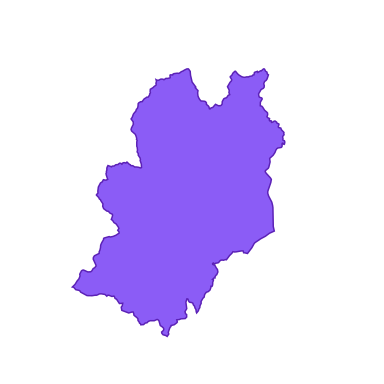 Hoanh Bo, Quảng Ninh, Vietnam, rotated 300°
{"feature_id": "81297802B7752291855220", "entity_name": "Hoanh Bo", "entity_type": "district", "adm_level": 2, "iso_a3": "VNM", "parent_name": "Vietnam", "parent_adm1": "Quảng Ninh", "projection": "albers", "projection_center": [107.022, 21.107], "detail": "fine", "context": "isolated", "style": "filled", "palette": "violet", "viewbox_px": 384, "rotation_deg": 300, "n_neighbors": 0, "source": "geoboundaries", "source_scale": "gbopen_adm2", "svg_char_len": 6049}
<svg xmlns="http://www.w3.org/2000/svg" viewBox="0 0 384 384"><g transform="rotate(300 192 192)"><path d="M149.5,108.4L145.7,110.0L144.1,111.1L141.9,110.6L141.5,110.8L140.6,113.9L139.6,115.4L139.6,116.6L139.0,117.2L137.2,120.8L135.0,121.8L133.4,123.8L132.9,127.8L133.5,129.4L132.8,131.0L132.7,131.8L132.9,134.1L132.3,134.8L130.4,135.4L127.9,135.8L127.6,137.6L126.5,139.7L126.4,142.3L124.8,145.7L123.9,146.9L121.7,146.8L120.9,148.8L120.2,149.3L119.9,149.4L116.6,147.8L114.1,145.9L112.2,143.8L112.0,142.6L111.6,142.2L108.2,138.9L107.6,138.7L106.5,139.2L102.6,139.2L100.3,139.5L98.0,140.6L95.7,141.3L93.8,141.5L92.4,142.3L88.0,139.4L86.1,139.3L84.5,140.0L80.7,145.3L79.9,145.9L77.8,145.6L76.3,144.7L73.7,144.7L72.3,144.2L70.7,141.8L70.2,137.1L69.6,136.3L68.5,135.7L65.4,135.8L64.5,136.0L63.6,136.8L62.9,137.1L60.3,137.5L57.5,137.0L53.5,136.9L49.9,135.9L50.3,137.3L49.3,140.2L50.3,143.3L50.3,144.3L49.6,145.7L49.8,152.9L52.2,157.3L54.4,160.0L54.5,160.5L55.6,161.6L57.4,162.7L58.4,164.2L59.8,167.9L59.2,170.3L60.2,170.5L61.0,171.5L61.5,174.9L62.8,176.4L62.4,177.4L61.4,178.5L61.3,179.1L61.5,180.1L59.1,184.9L61.0,187.6L58.6,188.5L56.9,188.3L54.4,190.4L55.6,197.7L58.1,200.1L58.6,201.1L57.6,202.3L56.3,203.3L55.9,205.2L55.8,206.5L55.3,208.4L53.6,209.6L53.2,210.9L52.2,212.1L52.2,213.2L51.4,214.1L53.0,216.4L55.1,217.0L56.2,218.4L58.1,218.9L59.6,220.1L61.7,223.7L64.2,225.5L64.3,226.6L63.9,227.8L60.5,231.3L60.3,233.8L59.9,235.3L59.5,235.8L58.8,236.3L57.7,236.4L55.5,235.7L54.5,236.6L53.9,238.3L54.6,241.1L54.5,242.7L57.4,242.9L58.6,241.6L62.8,240.8L63.8,240.7L65.0,241.0L65.9,240.6L68.2,243.0L71.1,244.2L72.1,244.3L73.7,242.7L75.2,244.8L76.6,245.8L79.0,249.4L81.1,249.9L83.2,248.6L83.4,247.2L85.0,245.7L88.3,245.8L93.5,241.8L96.9,241.0L97.2,241.6L97.2,242.1L95.9,243.5L95.4,244.6L95.4,245.3L96.1,247.0L96.1,248.4L95.0,249.5L94.4,251.2L92.9,252.8L92.2,254.2L90.3,255.6L89.6,256.5L92.3,256.9L94.1,256.5L95.7,256.6L97.5,255.8L100.2,255.6L101.7,254.6L105.5,254.6L107.0,255.1L109.5,254.2L112.3,254.5L113.9,255.9L116.1,256.6L118.8,256.1L119.8,255.5L120.3,256.5L121.1,256.5L123.0,255.8L123.5,255.3L126.6,254.6L126.8,254.2L126.6,253.5L128.5,254.0L129.1,254.9L130.1,254.3L132.0,254.4L132.7,254.8L135.7,254.4L137.7,252.7L138.3,251.1L139.9,248.5L139.7,246.1L140.4,245.6L140.7,245.7L141.2,246.0L141.1,247.0L141.5,247.9L142.3,248.2L142.9,249.1L144.1,250.3L146.7,250.7L147.3,251.1L148.1,252.0L148.6,253.3L150.2,254.8L150.5,255.7L155.7,256.3L158.9,257.2L160.8,257.3L161.3,258.8L162.2,260.1L165.8,264.4L166.5,265.8L165.2,267.1L165.7,268.1L166.5,270.8L173.7,271.7L178.5,271.6L179.7,271.9L185.7,274.8L190.4,277.7L195.0,279.7L199.3,282.8L202.8,279.6L218.9,269.9L220.7,268.5L223.1,266.2L226.8,260.4L228.8,258.2L230.5,257.3L239.6,255.5L242.6,254.4L243.4,252.9L245.3,247.0L245.9,245.7L246.6,245.0L247.5,245.0L250.8,246.2L251.9,246.1L257.1,244.6L259.7,242.6L260.1,242.5L264.4,243.9L267.7,244.1L270.2,243.7L271.9,243.8L273.1,244.4L275.1,246.9L275.7,247.2L276.8,247.1L278.4,246.1L279.3,245.8L279.6,246.0L279.7,246.4L279.2,247.3L279.3,248.0L279.8,248.1L281.7,247.4L282.6,246.4L282.4,244.9L282.7,244.5L283.9,244.0L284.9,243.0L285.7,242.8L287.6,243.1L288.7,242.1L289.5,241.9L289.7,241.5L290.6,238.4L291.8,236.9L291.2,235.1L291.3,234.4L291.8,234.0L293.9,233.6L294.4,233.1L294.1,231.3L294.8,230.4L295.0,228.4L294.3,227.6L293.4,227.3L292.1,226.3L292.2,225.8L293.2,225.3L293.1,224.5L292.5,224.0L292.5,223.6L293.1,222.8L294.4,222.4L294.2,220.7L294.6,219.3L296.7,218.9L298.2,217.9L298.5,217.2L299.1,214.0L300.8,210.8L301.2,209.5L300.8,208.0L304.0,206.3L307.6,206.3L308.2,205.7L308.3,205.2L307.9,203.5L307.9,202.7L308.7,201.8L310.3,200.6L315.3,200.6L317.4,201.9L318.7,202.1L320.3,201.4L321.6,200.0L324.0,199.6L325.8,200.4L327.4,200.5L331.7,199.6L331.9,198.1L333.3,197.0L333.4,195.2L334.5,193.7L334.7,193.2L334.6,192.7L334.2,192.3L331.5,191.4L331.3,190.8L328.5,189.3L329.2,188.3L327.0,186.4L326.6,186.3L324.5,187.1L323.7,186.2L322.5,186.0L320.8,183.9L320.0,183.5L318.9,181.6L317.7,180.4L317.0,178.8L316.7,177.3L316.8,174.0L317.2,172.2L318.3,169.4L318.2,169.0L317.8,168.7L315.4,168.0L312.7,168.1L311.2,167.4L310.5,167.8L309.3,170.1L308.4,170.5L307.6,170.5L306.1,170.1L300.9,170.1L299.0,173.0L298.3,173.6L296.5,174.3L295.2,176.0L293.8,175.0L291.0,174.8L289.3,173.3L288.5,172.9L285.4,173.0L283.3,174.1L281.9,174.0L281.0,173.5L279.9,171.7L279.7,168.5L275.6,167.7L274.3,166.4L273.0,166.1L272.8,165.5L274.3,164.0L274.7,163.1L275.1,160.7L276.4,159.9L276.9,158.9L277.0,158.1L276.7,157.1L275.4,154.4L275.4,154.0L276.1,152.1L277.1,150.5L278.2,149.1L280.7,147.3L282.8,146.5L283.9,142.8L284.1,142.6L284.8,142.8L287.3,137.1L292.3,132.4L295.6,130.1L296.8,127.5L296.7,127.0L295.9,125.9L293.7,124.4L292.6,123.9L290.7,122.5L288.7,121.7L288.1,121.2L287.5,119.8L285.5,117.2L284.6,116.6L283.7,116.7L282.6,114.6L281.8,114.7L280.2,115.9L279.7,115.8L278.1,114.0L277.4,112.6L275.2,111.6L275.2,110.5L274.4,108.9L273.9,108.3L272.5,107.5L271.9,106.9L271.3,105.6L271.3,104.7L270.1,105.9L268.1,106.4L267.7,107.0L266.5,107.4L264.3,106.4L263.0,106.1L260.1,104.5L257.9,105.6L257.1,106.4L255.7,106.3L254.8,106.8L252.1,106.5L251.4,105.3L250.0,104.8L249.0,104.1L246.2,103.7L245.5,103.8L244.4,102.3L242.6,101.3L241.6,101.2L239.2,102.4L237.2,102.9L235.7,102.5L233.4,103.0L232.7,102.6L230.1,102.3L226.7,102.9L224.8,102.7L223.3,106.1L222.1,106.7L221.6,107.3L217.0,107.6L215.6,108.0L214.6,109.2L213.6,114.1L211.9,116.2L210.6,117.4L209.7,117.7L209.3,118.7L207.8,119.1L204.0,121.3L202.9,122.6L202.1,123.0L201.2,123.8L199.3,124.4L198.4,126.3L197.0,127.0L195.5,130.0L194.5,131.0L193.4,131.3L190.8,134.2L188.0,136.0L187.2,135.6L186.6,133.1L185.6,130.8L185.0,130.0L185.2,127.6L184.3,126.0L184.8,124.9L184.6,124.2L185.4,120.7L184.0,120.3L183.8,119.9L183.8,119.1L182.9,117.7L181.0,117.4L181.3,116.1L180.7,114.9L179.9,114.5L178.9,114.3L177.5,112.4L175.5,111.5L174.6,110.0L173.6,109.8L172.9,106.0L170.8,106.1L169.3,106.7L168.5,107.3L167.1,107.5L166.1,108.2L165.0,108.3L163.7,109.4L160.8,112.7L159.3,111.6L158.8,110.7L158.5,109.3L158.2,109.1L156.0,109.2L154.0,108.2L149.5,108.4Z" fill="#8b5cf6" stroke="#5b21b6" stroke-width="1.5"/></g></svg>